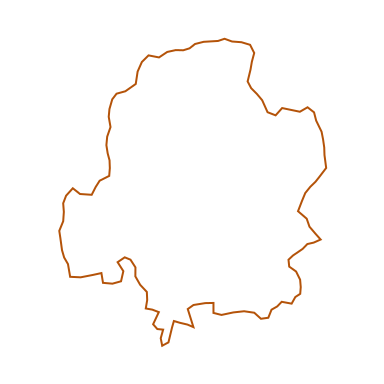 outline of Tuiuti, São Paulo, Brazil, rotated 349°
{"feature_id": "56859067B66015018997927", "entity_name": "Tuiuti", "entity_type": "district", "adm_level": 2, "iso_a3": "BRA", "parent_name": "Brazil", "parent_adm1": "São Paulo", "projection": "robinson", "projection_center": [-46.691, -22.831], "detail": "fine", "context": "isolated", "style": "outline", "palette": "amber", "viewbox_px": 384, "rotation_deg": 349, "n_neighbors": 0, "source": "geoboundaries", "source_scale": "gbopen_adm2", "svg_char_len": 1670}
<svg xmlns="http://www.w3.org/2000/svg" viewBox="0 0 384 384"><g transform="rotate(349 192 192)"><path d="M54.0,231.9L56.5,239.1L56.2,252.0L66.4,254.5L78.9,254.5L87.6,254.3L87.3,264.2L96.4,266.8L105.3,266.1L109.5,256.6L105.6,246.7L113.5,243.3L118.7,246.7L122.1,255.2L120.3,264.0L123.4,273.2L128.6,281.5L127.4,289.5L124.4,297.5L130.6,299.9L136.5,303.6L128.6,314.4L131.8,319.9L137.4,321.6L133.4,329.6L133.4,337.2L140.2,335.1L146.5,321.3L149.6,315.2L155.2,318.1L162.3,321.3L167.6,324.9L166.6,315.9L165.5,306.1L171.9,303.2L183.8,303.6L191.9,305.0L190.0,314.8L197.5,318.3L209.6,318.1L220.4,319.0L230.1,322.4L235.5,329.6L242.9,330.0L247.6,322.7L253.8,320.6L259.1,316.9L268.5,320.6L273.4,314.8L278.8,312.6L280.6,306.1L281.4,298.7L279.0,289.9L273.2,283.8L273.8,276.9L279.0,273.6L289.7,269.0L295.3,265.1L301.8,264.9L309.2,263.2L305.4,256.8L300.7,248.5L299.5,240.1L292.4,231.1L298.3,221.7L303.0,214.6L309.2,209.4L315.2,205.5L320.1,201.3L328.3,194.0L329.1,181.0L330.3,173.5L330.7,165.4L330.7,157.6L327.5,145.6L327.0,137.1L321.6,130.9L313.2,133.8L296.5,126.8L288.7,132.7L281.4,128.1L278.4,115.3L274.4,108.1L269.9,101.4L267.7,94.1L272.8,83.0L275.6,75.6L279.6,67.4L277.1,58.6L269.1,54.4L260.0,51.9L253.2,47.8L246.4,48.7L232.1,46.8L223.2,47.3L217.0,50.5L210.5,51.2L203.1,49.6L194.4,49.8L185.3,53.6L175.4,49.6L167.6,54.8L161.6,63.4L157.4,75.2L145.8,80.4L136.7,81.1L131.4,85.8L126.8,94.8L124.6,102.3L124.4,112.7L119.3,121.5L116.9,129.7L116.6,138.0L117.1,145.2L115.9,152.9L113.8,160.4L103.5,163.3L98.4,168.7L93.0,175.6L81.7,172.6L75.7,165.6L67.7,171.6L63.4,178.5L62.4,187.1L60.0,196.1L54.3,204.8L54.0,212.0L53.3,224.3L54.0,231.9Z" fill="none" stroke="#b45309" stroke-width="2"/></g></svg>